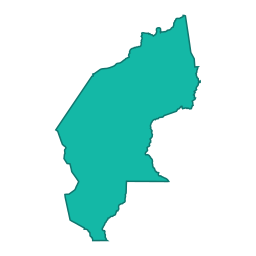 Santa Luzia, Maranhão, Brazil
{"feature_id": "56859067B91143147838323", "entity_name": "Santa Luzia", "entity_type": "district", "adm_level": 2, "iso_a3": "BRA", "parent_name": "Brazil", "parent_adm1": "Maranhão", "projection": "albers", "projection_center": [-45.858, -4.292], "detail": "fine", "context": "isolated", "style": "filled", "palette": "teal", "viewbox_px": 256, "rotation_deg": 0, "n_neighbors": 0, "source": "geoboundaries", "source_scale": "gbopen_adm2", "svg_char_len": 5853}
<svg xmlns="http://www.w3.org/2000/svg" viewBox="0 0 256 256"><path d="M198.2,66.8L194.8,66.9L194.2,58.8L190.8,52.5L189.6,44.0L188.5,36.4L185.4,15.9L184.6,15.6L184.0,15.4L183.1,15.4L183.1,16.5L182.4,17.0L181.7,17.2L181.2,17.6L180.6,17.7L180.0,18.2L179.1,18.5L178.3,18.4L177.3,18.4L176.4,18.6L175.9,19.2L175.5,20.4L174.8,20.9L174.7,21.8L174.0,22.7L173.8,23.5L173.8,24.9L173.6,25.7L173.3,26.2L173.1,27.2L172.3,27.4L171.4,28.1L170.8,29.1L169.6,29.9L168.9,30.0L168.3,30.1L167.3,30.3L166.8,31.0L165.4,31.7L164.4,31.7L163.4,31.9L162.2,32.0L161.4,31.9L160.5,32.6L160.3,31.6L160.6,30.8L160.7,30.1L160.5,29.3L160.4,28.4L159.1,27.7L157.3,28.0L156.5,28.9L156.4,30.1L156.7,31.2L156.6,32.2L156.3,32.8L156.0,33.8L155.5,34.3L155.0,34.8L154.4,35.3L153.8,35.6L153.3,36.0L152.6,35.2L152.1,34.8L151.3,34.8L150.6,34.5L149.8,33.7L149.0,34.1L148.4,33.2L147.6,33.3L146.9,33.4L145.9,33.2L145.1,33.2L144.5,33.0L143.8,32.9L142.9,32.7L141.8,33.1L141.8,34.1L142.2,34.8L141.7,35.6L141.2,36.3L142.0,37.4L142.1,38.6L141.9,39.3L141.5,40.1L141.3,40.8L141.6,41.5L141.0,42.7L141.3,43.9L141.1,44.9L140.7,46.0L140.0,46.6L138.9,46.5L138.1,46.8L137.5,47.1L136.8,47.0L136.1,47.1L135.2,47.7L134.3,47.5L133.6,48.2L132.8,48.3L132.0,48.5L131.4,49.0L130.8,49.3L130.2,50.1L129.5,52.0L129.9,53.0L129.2,53.7L128.8,54.4L128.6,55.5L129.1,56.3L129.1,57.1L128.1,57.5L127.0,58.1L126.4,58.4L125.7,58.6L125.0,59.6L124.0,60.1L121.5,62.1L120.3,62.8L119.4,63.1L118.0,63.3L117.0,63.5L116.1,64.1L115.6,64.7L114.6,65.7L113.4,66.3L112.0,66.9L111.1,67.1L110.4,67.5L107.1,68.4L104.4,68.6L101.9,68.9L100.4,69.4L93.9,74.0L93.3,73.8L92.8,74.1L93.1,74.9L93.2,75.9L92.6,76.0L91.9,76.3L81.0,92.5L68.1,111.6L55.8,129.9L56.3,130.2L56.8,130.6L57.6,131.0L58.0,132.0L59.5,136.3L60.2,138.2L60.9,140.3L61.3,141.4L61.6,142.1L62.4,144.3L63.8,145.7L65.1,146.5L65.5,147.1L65.9,147.6L65.8,148.3L65.5,148.9L64.9,149.4L64.6,150.1L64.7,151.5L65.0,153.6L64.6,154.0L64.4,154.8L64.1,157.9L64.0,158.6L67.1,163.5L70.0,163.9L71.4,169.7L71.6,171.0L71.9,171.9L72.8,173.2L76.2,177.9L76.8,178.8L77.1,179.3L77.5,179.8L78.7,181.7L77.7,183.7L77.1,185.1L76.3,186.5L75.8,187.9L75.0,189.7L73.9,190.6L68.9,194.2L66.0,194.3L64.9,194.5L65.2,197.2L65.7,199.7L66.1,201.4L66.3,202.3L66.4,202.8L67.6,208.4L67.9,209.7L68.0,210.4L68.2,211.2L68.4,211.9L68.8,213.8L70.1,220.0L71.8,221.1L74.1,222.3L76.7,223.7L78.4,224.7L80.3,225.7L82.4,226.9L84.2,227.8L84.3,228.4L84.2,229.2L85.1,229.1L86.7,229.4L87.5,229.8L88.1,230.6L88.5,231.6L89.2,231.9L89.8,232.5L90.0,234.1L90.1,235.9L90.5,236.3L91.4,236.9L91.5,237.6L92.2,237.8L92.7,239.8L92.7,240.6L107.2,240.5L106.4,239.9L106.2,239.2L106.0,238.4L105.2,237.3L105.3,235.6L105.3,234.7L104.8,233.7L104.6,233.1L104.9,231.5L104.5,230.7L103.3,230.7L102.3,229.6L102.3,229.0L102.4,228.1L102.9,227.6L103.4,226.4L104.3,225.0L104.6,224.4L104.8,223.8L104.9,223.1L105.6,222.5L106.1,221.9L106.5,220.9L107.1,220.1L107.7,219.6L107.9,219.0L108.0,218.2L108.8,218.0L109.5,217.8L110.8,216.4L111.8,216.4L112.6,216.3L113.1,215.9L113.8,215.3L114.8,215.1L115.4,214.5L115.6,213.8L116.0,212.6L116.3,211.9L116.4,211.1L117.1,210.6L117.7,210.9L117.9,210.4L118.4,209.9L118.8,208.9L118.6,207.6L118.6,206.7L118.6,205.9L118.9,205.3L119.3,204.8L119.9,204.5L120.7,203.9L121.3,203.8L122.2,203.7L122.8,203.4L123.4,202.6L124.5,202.2L125.0,201.5L125.1,200.8L125.0,199.5L125.1,198.6L125.2,197.7L125.4,197.1L125.5,196.4L125.4,195.3L125.3,194.4L125.9,193.7L126.1,192.7L126.2,189.7L126.3,184.8L126.5,181.3L142.7,181.4L145.4,181.4L167.6,181.5L168.7,181.4L168.0,180.3L167.3,179.5L166.6,179.0L165.9,178.5L165.3,178.2L164.6,178.1L163.7,177.5L162.8,177.1L162.2,176.8L161.5,176.6L160.9,175.9L160.2,175.9L159.6,175.9L158.7,175.6L158.3,174.6L158.4,173.7L158.7,172.7L157.6,172.4L156.7,172.4L156.3,172.1L156.1,171.4L155.3,171.0L155.0,170.5L154.9,169.7L154.6,169.1L154.4,168.2L153.7,167.9L153.1,167.4L153.0,166.5L152.7,166.0L152.7,165.2L152.6,164.3L152.4,163.7L152.3,163.0L152.3,162.1L152.5,161.5L152.4,160.7L152.3,160.0L151.8,159.0L151.3,158.4L150.7,158.0L150.4,157.0L149.8,156.6L149.5,156.0L149.2,155.5L148.6,155.3L147.9,154.7L146.4,154.7L145.8,154.8L145.3,153.9L145.4,153.0L145.7,152.4L146.2,152.0L146.6,151.4L147.1,151.1L147.5,150.6L147.5,149.9L147.3,149.3L147.2,148.6L147.1,147.5L147.7,147.0L149.1,146.3L149.7,145.6L149.4,144.6L149.3,143.9L149.7,143.3L150.0,142.7L150.8,142.0L150.5,141.2L150.7,140.4L150.5,139.8L150.1,139.3L150.2,138.7L151.0,138.3L151.3,137.6L152.0,137.0L152.2,136.3L152.2,135.7L152.3,135.1L152.4,134.4L151.8,133.7L151.8,132.8L151.5,131.9L151.7,131.3L152.1,131.0L151.8,130.4L151.2,129.6L150.9,128.9L150.4,128.3L150.8,127.7L150.7,127.0L150.4,126.1L150.5,125.1L150.8,124.5L151.0,123.7L151.2,123.0L151.5,122.6L151.9,122.1L152.3,121.1L153.2,120.2L153.8,119.7L154.6,119.4L155.4,119.7L156.0,119.1L156.7,118.6L157.4,118.8L158.3,118.6L158.6,118.0L159.4,117.5L160.1,117.3L160.8,117.4L161.8,117.1L162.8,117.1L163.3,116.5L163.7,116.1L164.2,115.5L165.8,115.0L173.7,112.2L176.3,111.3L176.8,110.7L177.4,109.6L178.1,108.9L178.7,108.9L179.4,108.5L179.7,108.0L180.2,107.5L180.7,106.8L181.1,106.4L181.9,106.3L182.1,107.1L182.0,107.8L182.5,108.1L182.7,108.7L183.6,108.4L184.3,108.3L185.0,108.0L185.9,108.0L186.5,108.1L187.0,108.5L187.8,108.1L188.8,108.4L189.6,108.9L190.6,108.8L191.4,108.6L191.5,107.5L192.0,106.9L192.3,105.7L193.1,105.4L192.8,104.1L192.7,102.3L192.4,101.8L192.2,101.2L193.0,100.6L194.1,99.8L194.8,99.5L195.5,98.0L194.3,97.7L194.5,96.8L194.3,95.4L193.5,94.9L193.9,94.3L194.6,93.8L194.5,93.0L195.1,92.3L194.5,92.0L194.2,91.4L195.1,90.8L196.2,90.0L196.6,89.6L196.3,89.1L196.1,88.6L196.3,87.8L196.5,87.1L197.8,85.5L198.2,84.8L198.3,83.4L198.5,82.6L199.5,82.6L200.1,82.4L200.2,81.7L200.1,81.0L199.5,81.4L198.8,81.5L198.4,80.7L198.2,79.3L198.2,78.6L197.4,77.8L196.9,77.6L196.9,76.8L196.6,76.2L196.2,75.1L196.4,74.2L195.9,73.5L196.7,72.4L196.9,70.2L197.3,69.6L197.5,68.7L197.7,68.2L197.5,67.6L198.2,66.8Z" fill="#14b8a6" stroke="#0f766e" stroke-width="1.5"/></svg>